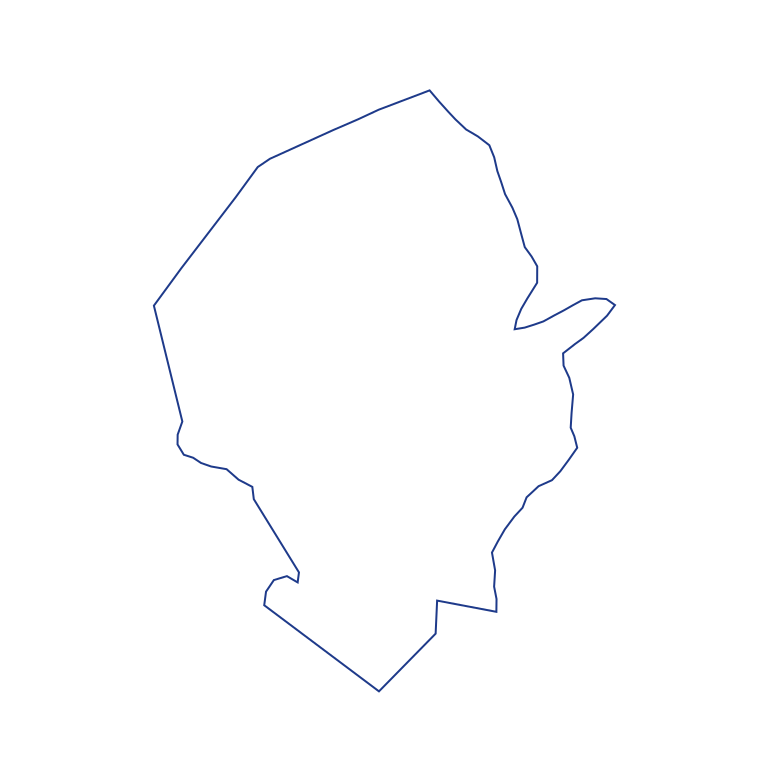 the district of Anadia, Alagoas, Brazil, rotated 232°
{"feature_id": "56859067B99757854432451", "entity_name": "Anadia", "entity_type": "district", "adm_level": 2, "iso_a3": "BRA", "parent_name": "Brazil", "parent_adm1": "Alagoas", "projection": "orthographic", "projection_center": [-36.324, -9.663], "detail": "fine", "context": "isolated", "style": "outline", "palette": "blue", "viewbox_px": 768, "rotation_deg": 232, "n_neighbors": 0, "source": "geoboundaries", "source_scale": "gbopen_adm2", "svg_char_len": 1210}
<svg xmlns="http://www.w3.org/2000/svg" viewBox="0 0 768 768"><g transform="rotate(232 384 384)"><path d="M587.4,250.9L478.6,202.0L471.1,190.2L463.5,184.1L451.5,182.7L443.4,188.2L434.4,191.2L425.4,197.0L413.8,207.5L398.1,210.5L384.0,216.9L373.4,210.5L287.9,201.0L280.8,193.8L292.4,189.2L297.3,176.5L293.0,163.2L283.4,153.4L144.9,190.8L155.5,271.0L180.6,292.5L135.3,332.3L145.3,340.3L156.5,346.0L168.7,356.8L184.7,365.3L189.8,376.7L195.1,389.8L199.3,405.1L201.2,417.0L206.9,426.6L208.3,442.9L204.8,457.2L206.7,469.2L210.5,482.9L214.8,497.0L225.6,501.8L234.6,504.2L245.6,513.9L259.3,526.6L274.8,533.8L287.9,536.8L297.9,544.0L297.9,559.3L297.5,569.6L298.5,582.9L300.5,601.8L304.0,614.6L314.0,611.6L321.5,603.2L328.1,591.5L329.7,581.9L331.3,571.0L333.2,560.5L335.2,548.1L338.3,539.0L341.8,529.6L346.7,520.7L352.8,527.8L358.7,538.4L363.2,549.7L369.5,567.0L382.4,577.2L393.6,578.8L405.2,579.2L417.3,584.3L431.8,590.5L443.8,593.7L459.1,596.3L471.1,600.7L482.0,604.4L494.8,610.4L507.3,614.0L521.3,610.4L534.0,605.4L548.5,603.2L558.5,602.3L572.6,601.3L587.3,600.7L603.4,548.7L608.5,526.7L615.4,500.2L631.7,432.8L632.7,418.1L622.5,382.2L600.0,295.5L587.4,250.9Z" fill="none" stroke="#1e3a8a" stroke-width="2"/></g></svg>